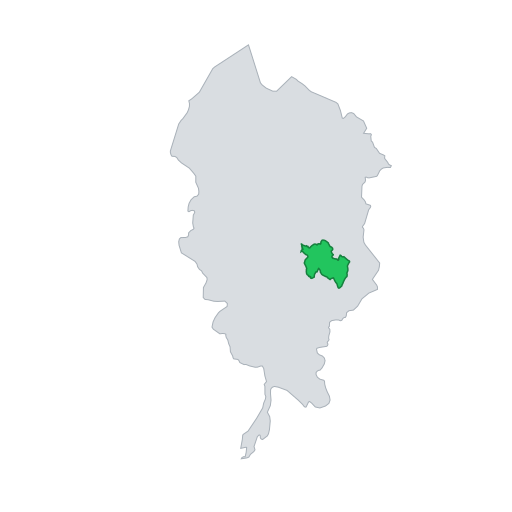 Afghanistan, with Sari Pul highlighted, rotated 126°
{"feature_id": "AFG-1748", "entity_name": "Sari Pul", "entity_type": "Province", "adm_level": 1, "iso_a3": "AFG", "parent_name": "Afghanistan", "parent_adm1": "", "projection": "equal_earth", "projection_center": [66.141, 35.686], "detail": "fine", "context": "in_parent", "style": "filled", "palette": "green", "viewbox_px": 512, "rotation_deg": 126, "n_neighbors": 0, "source": "natural_earth", "source_scale": "10m", "svg_char_len": 8252}
<svg xmlns="http://www.w3.org/2000/svg" viewBox="0 0 512 512"><g transform="rotate(126 256 256)"><path d="M228.4,145.1L236.8,144.3L242.5,145.4L245.6,148.6L248.5,149.4L251.4,147.8L253.2,147.6L253.9,148.5L255.4,149.0L257.6,148.8L258.8,149.7L259.2,151.5L260.8,153.9L263.8,156.8L266.4,157.5L269.8,155.3L271.0,155.5L271.5,154.8L271.9,153.2L273.9,151.6L277.7,150.2L279.9,148.9L280.6,147.8L281.9,147.5L283.3,147.8L284.3,147.4L285.0,146.0L286.4,145.5L287.5,145.7L292.8,151.0L294.9,152.5L295.8,152.3L298.4,149.4L298.7,146.8L297.9,143.4L298.4,140.7L300.1,138.6L303.2,137.3L307.8,136.8L310.7,137.1L311.8,138.2L313.2,138.8L315.0,138.9L316.6,137.7L318.0,135.1L318.1,131.9L316.7,128.2L317.0,127.0L319.3,125.1L321.7,122.2L324.0,118.6L326.3,114.2L329.0,111.4L332.4,110.4L336.5,111.6L341.4,115.0L343.3,119.3L342.3,124.4L342.2,127.1L343.2,127.7L348.7,126.7L349.4,127.4L349.4,128.8L348.7,131.0L347.8,137.0L346.5,151.9L349.0,160.8L350.7,164.4L352.3,165.5L354.0,165.9L355.6,165.6L358.9,163.3L363.8,159.1L368.6,156.5L375.7,155.0L377.9,150.5L381.1,147.5L388.5,143.1L392.5,141.4L394.9,141.1L400.6,142.8L401.0,144.1L400.6,145.6L399.0,146.8L398.6,147.7L399.2,148.4L401.5,148.7L411.3,145.6L413.4,142.9L415.5,142.8L419.7,143.9L422.9,143.6L424.7,144.7L428.7,148.7L427.4,148.9L425.7,148.1L424.7,146.8L420.7,148.5L416.4,151.0L416.5,151.6L420.6,155.3L412.5,159.2L408.8,161.4L407.9,161.5L402.3,159.5L386.8,160.1L375.0,161.3L370.5,163.3L366.2,164.3L364.0,165.4L362.6,167.5L356.2,172.2L355.1,173.9L351.4,173.7L347.8,178.3L342.4,183.7L341.3,186.2L342.2,187.5L345.1,189.5L346.5,191.3L348.7,196.6L349.6,200.3L350.9,201.9L351.7,206.4L350.4,208.9L350.5,210.2L352.3,213.5L351.9,214.6L350.6,216.1L348.5,220.4L344.7,223.6L343.1,226.4L340.5,229.5L339.4,232.2L338.2,233.6L337.0,234.4L337.3,235.8L338.4,237.6L340.2,239.5L340.3,247.5L339.4,249.8L334.5,252.0L329.8,252.9L324.0,253.0L321.8,252.6L313.8,249.7L311.3,251.2L310.8,254.7L315.4,260.4L317.4,263.6L319.5,269.0L321.1,271.7L320.6,274.3L312.4,280.0L307.2,280.6L303.9,281.6L302.3,283.0L301.2,289.1L300.0,291.3L300.1,293.9L299.0,296.9L297.3,298.9L296.2,302.0L297.3,318.2L292.5,324.6L289.9,326.9L287.3,328.0L285.2,327.6L282.5,323.9L280.6,322.5L278.8,322.8L276.9,324.1L273.8,323.7L271.2,322.4L269.9,322.5L269.2,323.8L266.5,326.6L259.7,330.8L256.9,331.1L255.7,332.2L256.2,333.9L257.4,335.3L259.6,336.3L259.7,337.5L256.2,339.7L252.7,341.1L248.6,341.6L244.4,340.8L242.3,338.9L239.7,338.7L237.4,340.1L235.0,342.4L231.7,348.1L226.8,351.6L225.6,355.2L224.1,361.6L224.5,371.0L224.0,375.2L222.9,378.0L223.1,380.1L224.7,382.6L224.1,384.2L222.7,386.0L221.4,387.0L194.6,396.1L190.3,396.3L188.0,395.9L180.4,395.9L177.3,396.6L174.1,397.8L171.8,399.4L169.9,401.6L166.8,400.4L156.8,398.1L129.8,401.1L127.2,400.5L89.6,386.2L113.3,354.2L114.0,351.6L114.2,346.4L112.8,339.4L110.6,336.2L90.0,332.6L89.4,327.2L89.8,324.7L89.5,320.1L89.6,316.5L90.6,310.6L90.7,308.0L84.7,281.7L84.8,279.2L88.7,273.2L93.7,267.3L93.4,266.2L91.0,265.6L87.3,265.5L85.4,264.6L83.9,263.0L83.3,260.7L84.4,256.5L83.6,248.4L87.6,241.5L93.5,241.1L90.6,236.1L89.9,235.6L89.7,234.8L90.1,233.9L91.6,233.6L95.2,230.4L95.4,228.6L98.5,224.0L98.3,221.9L100.3,216.4L99.4,212.7L99.2,210.7L101.4,209.4L102.9,204.3L103.7,203.0L103.8,201.7L103.4,199.6L105.4,199.3L107.2,202.0L110.0,204.8L111.9,205.6L114.2,206.0L119.5,205.1L120.6,205.2L126.0,210.1L127.0,211.4L127.4,213.3L128.2,213.9L130.2,212.0L132.0,211.3L135.6,211.9L137.4,211.2L146.4,205.2L147.1,201.3L148.0,199.1L149.2,197.8L147.8,193.3L148.3,192.4L149.5,192.0L152.4,192.0L165.9,187.2L169.4,187.2L170.2,186.8L170.4,185.4L171.4,184.0L177.8,180.4L181.5,176.8L182.8,174.0L189.0,151.8L192.2,149.9L195.5,148.5L206.5,148.1L208.6,141.3L209.6,139.6L211.6,138.1L219.7,142.9L228.4,145.1Z" fill="#d9dde1" stroke="#a8b0b8" stroke-width="1"/><path d="M229.7,169.0L232.3,169.5L233.0,169.8L233.2,170.0L233.3,170.1L233.4,170.3L233.4,170.5L233.3,170.8L233.0,171.5L232.9,171.6L232.7,171.8L232.3,172.5L232.1,172.7L231.6,173.3L231.2,173.8L230.8,174.6L230.7,174.8L230.7,175.0L230.6,175.6L230.5,175.9L229.9,177.2L229.8,177.6L229.7,177.7L229.5,178.2L229.3,178.4L228.6,179.7L228.3,180.2L228.2,180.3L228.2,180.6L228.3,180.7L229.0,181.1L230.0,181.9L230.1,182.0L230.5,182.1L231.1,182.1L231.3,182.1L231.5,182.2L231.5,182.4L231.6,182.8L231.6,183.0L231.5,183.4L231.5,183.5L231.5,184.8L231.5,185.0L231.6,185.3L231.5,185.5L231.4,185.7L231.3,185.8L231.3,186.1L231.3,186.5L231.3,186.9L231.7,187.5L231.7,187.8L232.2,190.9L232.2,191.5L232.2,191.9L232.0,192.5L231.4,193.9L231.2,194.5L230.6,194.9L230.5,195.0L230.3,195.2L230.1,195.5L229.9,195.7L229.7,196.2L229.2,197.8L229.2,198.0L229.6,198.0L233.0,197.3L233.2,197.5L233.3,197.9L233.4,198.0L233.5,198.1L236.3,197.9L236.5,197.8L236.7,197.7L236.9,197.6L237.2,197.5L237.6,197.3L238.8,196.5L241.1,197.6L241.6,198.2L241.7,198.5L241.7,198.8L241.6,199.0L241.4,199.2L241.0,199.4L240.8,199.5L240.7,199.7L240.7,199.9L240.8,200.0L241.3,200.3L241.4,200.5L241.4,200.9L241.4,201.3L241.4,201.5L241.0,201.6L240.9,201.7L240.9,201.8L241.0,202.7L241.0,203.0L241.0,203.6L240.9,203.9L240.8,204.1L240.7,204.3L240.6,204.6L239.4,205.8L239.0,206.1L238.6,206.5L237.8,206.8L237.5,207.1L237.2,207.4L236.5,207.5L236.2,207.8L235.1,209.4L233.5,212.5L233.3,212.8L233.2,212.9L232.7,212.9L232.5,213.0L231.3,213.5L230.5,213.8L230.0,213.9L226.5,213.4L226.2,213.5L225.9,213.7L225.7,213.9L225.6,214.1L225.5,214.3L225.3,214.7L225.3,214.9L225.2,215.7L225.2,215.8L225.3,216.1L225.5,216.3L225.6,216.6L225.6,216.8L225.4,218.1L225.4,218.9L225.3,219.3L225.2,219.5L225.1,219.9L225.1,220.7L225.1,221.0L225.2,221.4L225.2,221.5L225.4,221.8L225.5,221.9L225.6,222.0L225.9,222.1L225.4,222.3L225.2,222.5L224.9,222.5L224.7,222.5L224.2,222.5L223.9,222.4L223.5,222.1L223.3,222.0L223.2,221.9L222.9,222.0L222.7,222.3L222.7,222.5L222.8,222.6L222.9,222.9L222.9,223.0L222.7,223.1L222.3,223.3L222.2,223.3L222.2,223.7L222.1,223.8L221.5,224.0L221.4,224.0L221.3,224.3L221.3,224.5L221.2,224.8L220.8,224.9L220.7,225.0L220.0,225.9L219.8,226.2L219.7,226.2L219.6,226.3L219.5,226.2L219.5,225.8L219.5,225.6L219.7,225.1L219.7,224.8L219.0,222.2L218.8,221.7L218.6,221.5L218.5,221.2L218.0,221.1L218.0,220.9L218.1,220.7L218.3,220.5L218.3,220.4L218.3,220.2L217.8,219.8L217.7,219.7L217.8,219.4L218.1,219.3L218.2,219.2L218.2,218.9L218.3,218.3L218.3,218.1L218.2,217.8L218.1,217.7L218.0,217.4L217.8,217.3L217.7,217.2L217.3,217.2L217.2,217.2L217.0,217.3L216.8,217.3L215.6,217.0L214.9,216.9L212.4,216.0L212.2,215.9L211.8,215.4L211.6,215.2L211.3,214.5L211.3,214.4L211.2,214.2L211.2,213.9L211.2,213.5L211.2,213.4L211.2,213.2L210.7,213.3L210.4,213.2L210.1,213.0L209.9,212.9L209.7,212.9L209.4,212.7L209.4,212.4L209.3,212.2L209.2,212.1L209.0,211.9L208.7,211.7L208.4,211.4L208.4,211.2L208.5,210.9L208.4,210.8L208.2,210.8L207.4,211.1L207.2,211.2L206.9,211.5L206.5,211.7L205.8,211.8L204.4,211.8L204.2,211.7L203.9,211.3L203.4,210.6L203.3,210.4L203.2,210.1L202.9,209.1L202.8,208.6L202.8,208.3L202.9,207.7L202.9,207.4L202.8,206.8L202.9,205.9L202.9,205.1L203.0,205.0L203.1,204.9L203.4,204.6L203.5,204.5L203.6,204.3L204.0,203.3L204.7,201.8L204.8,201.6L204.7,201.3L204.4,200.2L204.4,199.9L204.5,199.7L204.6,199.4L204.6,199.2L204.6,198.8L204.7,198.6L204.9,198.4L205.6,197.8L205.8,197.7L206.0,197.7L206.8,197.8L207.5,198.0L207.8,198.0L208.1,197.8L208.5,197.2L209.1,196.2L209.3,195.8L209.4,195.6L209.5,195.1L209.5,194.9L209.5,194.7L209.4,194.5L209.4,194.4L209.6,194.2L209.8,194.2L210.3,194.2L210.9,194.4L211.7,194.3L212.1,194.1L212.3,193.8L212.3,193.5L212.4,193.3L212.5,193.1L212.7,192.8L212.7,192.7L212.4,192.6L212.4,192.2L212.2,191.0L212.1,190.9L211.9,190.7L211.6,189.9L211.4,189.5L211.4,189.4L211.1,189.2L210.9,188.8L210.9,188.6L211.0,188.5L211.0,188.4L211.1,188.2L211.1,187.9L211.3,187.6L211.3,187.4L211.2,187.1L210.9,186.9L210.7,186.9L210.2,187.0L209.6,187.5L209.4,187.7L209.2,187.8L205.9,188.4L205.8,188.2L205.7,188.0L205.7,187.4L206.0,186.6L206.0,186.4L206.0,186.1L205.9,185.8L205.8,185.5L205.5,185.0L204.9,184.5L205.4,179.4L205.4,179.1L205.2,178.1L205.2,177.8L205.2,177.5L205.3,177.2L205.8,176.8L207.1,176.8L209.7,176.4L210.2,176.2L210.8,175.8L212.0,174.5L213.5,173.3L214.2,173.0L216.3,172.5L216.6,172.4L216.8,172.1L217.0,171.7L218.3,170.8L218.8,170.5L219.5,170.4L220.4,170.7L222.7,170.6L225.5,170.1L227.3,169.6L228.0,169.5L228.4,169.5L228.7,169.5L228.8,169.4L229.7,169.0Z" fill="#22c55e" stroke="#15803d" stroke-width="1.5"/></g></svg>